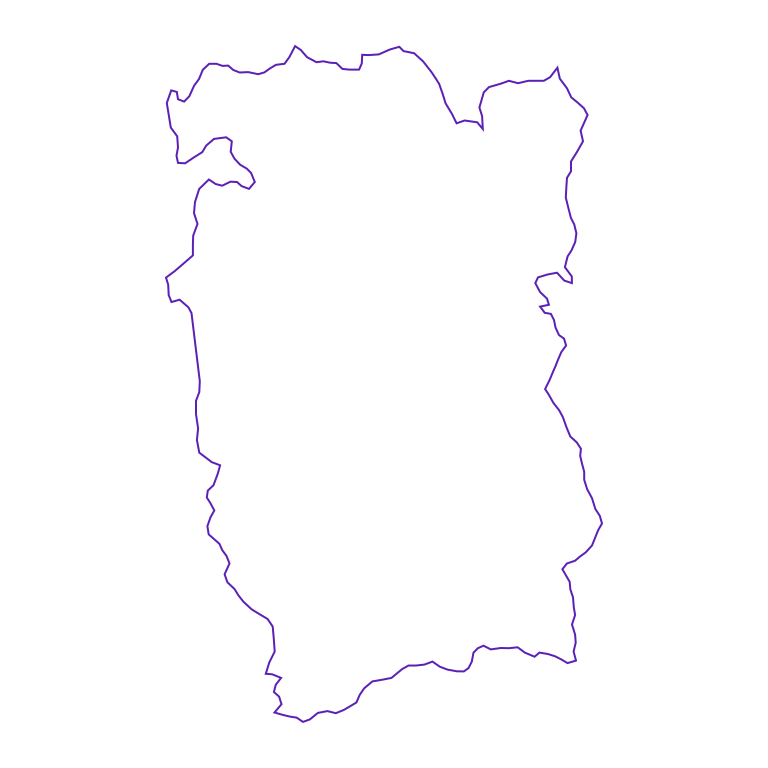 Porto Feliz, São Paulo, Brazil
{"feature_id": "56859067B51495796680822", "entity_name": "Porto Feliz", "entity_type": "district", "adm_level": 2, "iso_a3": "BRA", "parent_name": "Brazil", "parent_adm1": "São Paulo", "projection": "natural_earth1", "projection_center": [-47.516, -23.238], "detail": "fine", "context": "isolated", "style": "outline", "palette": "violet", "viewbox_px": 768, "rotation_deg": 0, "n_neighbors": 0, "source": "geoboundaries", "source_scale": "gbopen_adm2", "svg_char_len": 3299}
<svg xmlns="http://www.w3.org/2000/svg" viewBox="0 0 768 768"><path d="M265.8,673.8L272.2,674.3L281.1,677.9L275.8,684.7L273.9,692.0L279.1,696.6L281.5,704.2L274.5,712.5L282.1,714.7L289.9,716.6L296.6,717.6L303.0,721.9L309.9,719.4L317.9,712.9L327.4,711.1L335.8,713.2L343.7,710.0L349.7,706.5L356.4,702.5L359.7,694.9L364.2,688.3L372.4,681.4L382.4,679.7L391.5,677.9L402.0,669.2L408.6,665.5L416.2,665.5L424.3,664.6L432.5,661.6L439.8,666.7L447.5,669.6L456.9,671.3L463.9,671.4L468.5,668.1L471.8,661.7L473.5,652.6L477.9,648.2L483.5,645.7L490.8,649.4L500.8,648.0L508.8,648.2L517.7,647.3L524.8,652.6L534.6,656.7L539.4,652.6L547.9,654.0L555.1,656.3L560.9,659.2L567.5,663.1L576.0,660.6L573.6,651.6L575.7,642.6L575.1,634.6L572.0,624.5L575.1,615.1L573.8,607.2L573.0,597.3L570.3,589.2L569.7,581.9L562.4,569.2L566.9,563.5L575.1,560.7L579.9,556.6L585.7,552.4L592.0,545.5L598.1,530.3L602.0,523.5L599.8,515.8L595.4,509.1L592.0,498.2L587.1,489.1L584.2,479.8L584.2,471.8L582.1,463.9L580.2,455.9L580.9,448.7L576.7,442.3L570.3,436.5L566.7,427.8L562.8,417.0L559.1,410.2L553.4,402.9L548.5,394.2L545.1,389.1L549.7,379.8L552.8,372.3L555.5,366.1L558.2,359.3L561.3,352.1L566.1,345.5L564.0,338.6L559.0,335.1L555.5,327.5L554.0,320.0L550.9,313.9L544.7,312.8L540.1,306.6L548.9,304.8L547.0,298.6L540.1,292.1L535.3,283.1L538.0,277.4L547.6,274.5L557.0,272.7L564.3,280.6L571.9,283.1L571.8,276.4L564.9,267.2L567.6,256.4L571.5,250.4L575.2,242.1L576.4,233.3L574.2,224.3L570.9,217.9L568.2,207.3L565.8,197.6L566.4,186.4L567.0,177.8L571.0,171.3L571.0,161.5L577.3,151.4L583.0,141.3L580.6,130.6L587.6,115.0L583.9,108.2L577.3,102.3L571.2,97.3L567.0,88.3L559.8,78.6L557.4,67.7L550.1,77.2L543.8,80.8L538.0,80.8L528.3,80.8L518.1,83.2L508.9,80.8L501.1,83.6L489.0,87.1L483.8,92.3L479.4,107.5L482.1,116.1L482.8,129.0L477.2,122.3L464.6,120.5L456.6,123.3L451.8,113.6L445.6,103.4L442.7,94.0L439.2,84.0L435.5,78.1L431.5,72.1L423.2,61.5L414.1,53.2L403.5,51.1L399.3,46.8L389.6,49.6L378.8,54.4L368.4,55.1L362.2,54.8L361.8,63.4L359.1,69.6L349.1,69.6L342.4,68.9L336.4,63.1L330.1,62.7L323.4,61.3L316.5,62.2L307.1,57.2L300.8,50.0L295.1,46.1L289.5,56.9L284.5,63.8L276.0,64.8L270.0,68.4L264.4,72.4L258.2,74.2L248.2,72.1L239.7,72.5L233.3,70.0L228.2,65.6L222.5,65.9L216.5,63.8L209.2,63.8L202.8,69.8L199.0,79.0L194.1,85.7L189.3,96.3L184.1,101.6L178.0,99.2L176.8,91.9L171.2,90.4L166.8,103.0L170.8,127.6L177.2,136.3L178.0,147.4L176.5,155.7L178.0,162.9L185.1,163.3L193.6,157.6L202.3,152.1L206.2,145.6L214.0,138.9L226.2,137.3L231.8,141.3L230.7,151.8L234.5,158.7L240.1,164.7L246.9,168.7L251.1,173.0L254.8,182.0L249.0,188.9L241.6,186.1L237.0,182.0L230.4,181.7L222.2,185.7L215.6,184.0L208.9,179.5L199.2,188.9L195.0,202.0L194.0,213.1L197.5,223.9L193.2,235.6L192.9,244.6L192.9,255.4L183.8,263.3L174.5,271.3L166.0,277.6L168.2,284.7L168.7,295.1L171.5,302.0L179.6,299.7L188.4,307.3L191.5,313.1L199.8,381.2L199.3,392.1L196.0,400.8L196.0,414.1L198.1,428.5L196.9,440.0L199.3,452.7L205.0,457.0L211.7,462.1L220.1,465.3L217.8,473.6L213.5,485.2L207.8,490.6L206.8,497.5L210.5,503.3L214.3,510.5L210.5,517.3L207.4,526.1L208.7,534.4L219.5,543.9L222.2,550.1L226.5,555.9L229.5,563.5L224.6,574.3L227.4,582.3L234.6,589.1L238.3,595.2L243.4,601.7L251.6,609.3L257.9,613.2L267.6,619.0L272.7,626.6L273.7,637.6L274.7,651.6L269.3,662.4L265.8,673.8Z" fill="none" stroke="#5b21b6" stroke-width="2"/></svg>